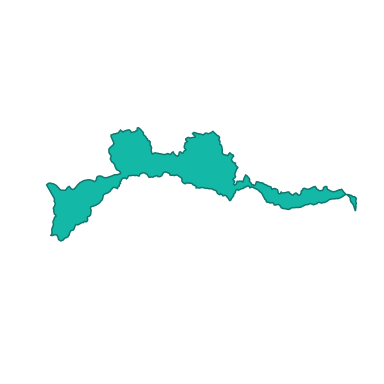 Vereda, Bahia, Brazil (Mercator projection), rotated 155°
{"feature_id": "56859067B58491495992531", "entity_name": "Vereda", "entity_type": "district", "adm_level": 2, "iso_a3": "BRA", "parent_name": "Brazil", "parent_adm1": "Bahia", "projection": "mercator", "projection_center": [-40.011, -17.127], "detail": "fine", "context": "isolated", "style": "filled", "palette": "teal", "viewbox_px": 384, "rotation_deg": 155, "n_neighbors": 0, "source": "geoboundaries", "source_scale": "gbopen_adm2", "svg_char_len": 6094}
<svg xmlns="http://www.w3.org/2000/svg" viewBox="0 0 384 384"><g transform="rotate(155 192 192)"><path d="M165.5,175.3L164.1,175.2L163.0,174.7L162.4,173.8L162.4,172.7L161.8,171.1L161.6,168.4L160.3,168.2L159.3,169.2L155.8,171.0L155.3,172.4L154.1,172.6L153.1,173.2L151.4,175.1L150.1,175.2L149.3,174.0L145.4,174.0L143.9,173.5L142.4,174.1L141.0,173.8L139.7,174.1L138.1,173.6L137.7,171.3L136.5,171.4L135.0,170.8L134.4,169.8L131.7,166.6L131.0,165.4L130.5,163.7L129.8,162.7L129.3,161.0L129.0,154.5L128.3,153.1L128.7,152.0L128.3,151.0L127.3,150.6L125.8,149.0L123.5,148.3L123.0,147.3L122.9,145.5L121.7,144.8L120.2,144.6L118.9,144.1L118.1,143.1L117.7,139.8L116.0,138.2L115.0,137.8L112.2,135.5L109.8,135.2L108.5,135.6L107.5,135.3L106.0,134.5L104.3,134.1L102.7,133.2L99.6,132.2L98.4,132.4L95.5,132.3L94.5,132.5L93.0,131.8L91.4,131.5L90.3,131.7L89.3,131.3L87.2,129.0L85.7,129.0L83.8,128.6L82.6,129.2L81.3,129.0L79.2,127.1L77.7,127.1L76.4,126.5L73.5,126.5L71.0,127.1L68.2,126.6L65.3,125.4L63.9,125.1L62.6,124.3L59.2,124.1L53.5,124.9L54.4,127.5L55.2,131.2L56.5,131.3L57.6,131.8L58.6,131.7L59.9,131.9L61.4,131.8L64.1,132.6L65.3,133.7L68.0,137.0L68.0,138.6L67.6,139.9L68.4,140.5L69.7,140.6L71.1,140.3L71.7,139.1L72.7,138.4L74.8,138.8L76.3,139.6L76.9,141.0L77.7,141.8L77.7,143.2L78.1,145.0L79.8,145.3L84.5,145.1L87.1,146.2L87.8,147.3L88.8,148.0L90.2,148.0L90.9,147.0L92.5,146.8L93.5,145.1L94.4,144.2L95.8,143.7L97.2,144.6L97.2,145.7L98.2,147.2L100.0,147.2L101.3,146.5L102.5,147.0L103.9,149.5L104.0,150.9L105.4,151.6L106.9,151.8L110.3,152.7L111.2,154.3L112.7,153.1L114.1,153.8L114.2,155.1L113.7,156.7L113.6,158.0L115.5,160.2L116.8,160.6L118.4,160.6L118.3,163.1L119.1,164.1L120.9,165.4L121.4,166.7L123.0,168.2L124.2,170.4L125.6,171.1L128.1,173.4L129.3,174.0L131.5,171.7L133.0,171.5L133.4,172.8L134.7,173.3L134.6,174.9L135.5,177.5L134.5,178.7L134.4,180.1L135.4,183.6L136.2,184.7L138.7,182.7L141.6,179.7L142.5,180.8L144.6,181.9L145.8,181.8L146.4,182.6L149.2,180.2L150.5,180.3L151.0,181.5L150.3,182.4L149.0,183.3L149.1,184.7L149.8,186.0L148.1,186.7L147.1,186.8L146.1,187.4L146.0,189.1L145.5,190.3L142.1,193.7L140.9,194.2L140.1,194.9L141.1,197.5L141.0,198.7L140.4,199.8L141.8,201.0L142.5,202.5L142.6,204.6L141.9,205.4L140.5,206.3L139.1,206.9L139.0,208.1L140.2,209.3L141.1,211.5L142.8,210.9L144.1,209.8L147.6,212.7L148.2,214.4L146.6,217.8L145.8,220.7L145.8,222.3L146.7,223.4L145.1,226.4L145.8,227.9L144.8,228.7L143.9,230.0L144.3,231.6L145.3,232.7L147.4,238.1L149.8,237.7L151.9,237.8L152.9,238.1L153.6,238.9L154.9,239.7L157.7,239.0L159.6,240.8L162.7,242.9L163.7,244.1L165.2,245.2L166.8,244.8L166.4,243.1L165.6,241.6L165.9,240.4L169.8,241.5L170.9,241.6L171.8,242.8L173.0,243.1L175.2,242.8L175.7,241.8L174.9,239.5L177.6,239.3L178.2,238.3L179.9,236.5L180.3,235.2L179.8,234.1L179.7,232.8L181.2,232.7L184.1,231.0L184.8,231.8L185.5,233.3L186.6,233.4L188.5,231.1L189.8,230.5L191.1,231.6L192.2,234.6L192.1,236.3L193.5,236.2L195.6,235.0L197.9,237.2L200.2,237.3L201.3,237.6L208.9,243.1L209.9,243.3L211.3,243.0L212.1,244.0L211.7,245.2L211.7,246.7L209.9,249.2L209.8,250.7L210.0,252.7L208.7,255.2L209.1,256.4L210.3,257.3L209.9,259.0L210.5,260.0L210.6,262.1L211.3,263.2L211.7,264.9L211.0,266.3L212.3,270.8L213.5,273.0L214.5,273.1L215.8,271.0L217.0,271.1L218.0,270.7L219.7,271.2L220.9,271.3L221.9,271.7L221.9,273.3L222.4,274.6L223.5,275.2L224.5,275.4L227.3,275.8L229.3,275.6L230.6,278.3L234.2,276.6L235.4,277.1L236.7,277.0L237.9,277.6L241.3,277.8L241.9,276.7L242.1,269.3L243.1,268.2L248.7,266.4L249.6,265.2L250.6,262.5L250.0,258.7L252.1,256.5L252.0,253.5L250.8,251.0L250.6,249.1L250.9,248.1L251.0,245.2L250.7,243.7L249.2,242.1L248.5,239.9L249.3,238.9L252.7,239.4L253.9,240.0L255.5,240.4L257.8,240.4L263.2,241.0L265.8,242.3L267.4,244.6L268.9,245.5L270.5,246.0L272.0,245.6L273.8,243.3L275.0,242.7L276.4,242.9L276.9,244.0L279.2,246.0L280.7,246.9L285.4,248.1L287.7,247.8L289.3,247.9L293.0,246.6L295.4,245.3L297.7,244.5L299.2,244.8L300.1,245.8L300.4,247.3L300.9,249.0L302.3,248.9L303.7,248.3L304.9,247.5L306.2,247.1L309.5,248.8L310.5,249.8L312.2,255.2L314.0,257.8L317.2,260.3L318.7,260.5L320.8,259.8L319.5,244.4L320.0,242.9L320.9,241.8L320.6,240.4L321.1,238.9L322.2,237.5L323.8,236.6L324.7,235.6L324.7,234.3L325.5,232.9L326.0,230.0L325.3,228.9L325.5,227.5L326.8,227.3L327.9,226.6L328.5,225.4L329.7,224.8L330.7,223.5L331.5,220.7L334.3,218.1L334.9,217.2L336.2,214.1L337.0,213.1L338.2,212.3L337.1,211.6L334.7,211.3L333.3,210.8L332.6,209.5L332.5,208.0L333.0,205.4L332.2,203.9L331.3,202.9L330.3,203.1L329.1,202.9L326.7,204.0L324.8,203.7L323.3,203.9L322.5,204.6L321.4,205.0L320.7,206.1L318.7,207.9L317.0,208.1L315.7,207.7L314.4,208.5L311.7,211.3L310.5,211.4L309.3,210.4L304.8,210.8L303.4,210.2L302.0,210.8L300.6,209.7L299.0,210.0L298.1,211.3L297.7,213.1L297.0,213.8L295.7,213.4L293.7,214.0L291.1,218.0L291.1,219.4L290.4,221.1L289.1,221.3L287.7,220.9L284.5,220.7L281.5,221.0L280.0,221.4L278.4,222.3L277.0,222.7L275.9,223.6L273.8,226.5L272.3,227.1L268.3,226.8L265.4,227.4L264.7,228.2L263.5,228.5L262.2,229.3L261.2,229.3L259.9,228.6L258.1,226.7L257.4,227.7L255.4,228.2L254.7,229.5L253.1,230.1L253.1,231.6L251.6,231.9L250.5,233.1L249.2,233.7L248.0,233.4L246.7,233.0L245.9,231.6L244.6,232.0L242.6,233.6L240.3,232.6L238.3,232.1L236.8,231.0L235.1,230.5L233.3,228.8L231.3,230.3L228.2,230.1L226.9,229.4L225.2,226.7L224.7,223.4L222.3,222.7L221.0,221.9L219.6,222.1L216.9,221.7L216.3,220.3L214.8,219.5L213.2,219.4L211.7,220.1L210.2,221.3L208.6,221.7L207.0,221.0L204.6,218.3L204.8,216.8L204.1,216.0L202.5,215.5L201.2,214.4L198.7,214.0L197.8,212.9L195.4,208.6L196.4,206.6L196.5,205.3L195.7,203.4L194.6,202.3L192.7,202.5L191.1,201.3L189.0,200.3L188.4,199.6L188.0,198.1L186.7,196.7L186.0,195.5L186.5,193.9L185.1,193.5L183.2,192.2L181.7,192.2L180.3,191.4L177.5,189.2L176.3,188.8L175.2,187.7L172.5,186.5L171.8,185.1L170.3,183.8L169.5,182.7L169.5,180.3L169.0,179.0L167.9,177.8L166.8,178.4L165.9,176.8L165.5,175.3ZM52.7,124.1L51.3,120.9L51.2,119.5L51.9,117.9L52.1,116.1L51.2,112.1L52.0,105.7L49.4,109.6L49.2,110.8L48.0,112.0L47.4,114.7L45.8,116.7L46.6,119.0L48.2,119.8L48.9,121.4L51.7,123.8L52.7,124.1Z" fill="#14b8a6" stroke="#0f766e" stroke-width="1.5"/></g></svg>